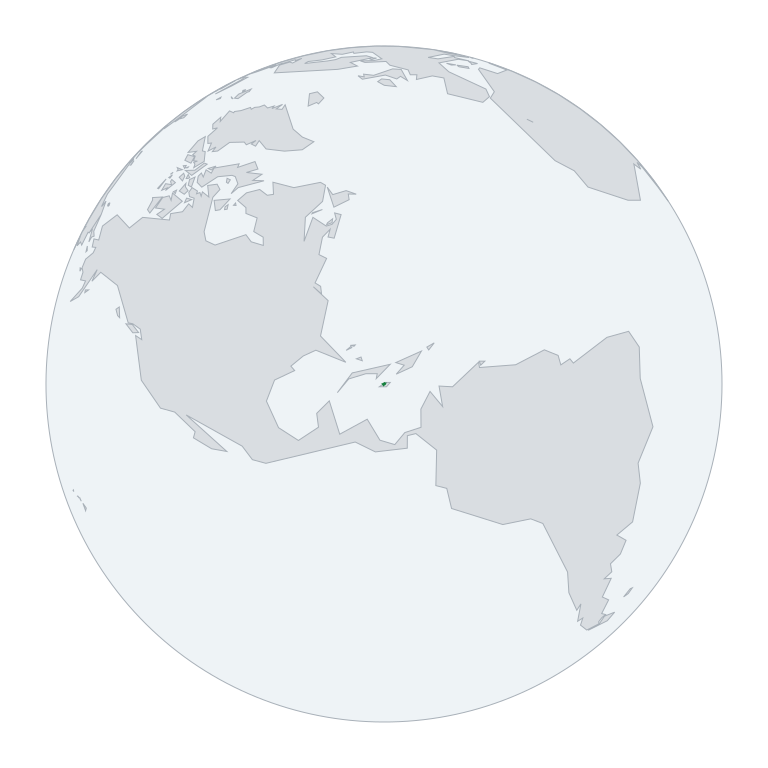 Saint Ann highlighted on a globe, orthographic projection, rotated 322°
{"feature_id": "JAM-1379", "entity_name": "Saint Ann", "entity_type": "Parish", "adm_level": 1, "iso_a3": "JAM", "parent_name": "Jamaica", "parent_adm1": "", "projection": "orthographic", "projection_center": [-77.258, 18.33], "detail": "coarse", "context": "on_globe", "style": "filled", "palette": "green", "viewbox_px": 768, "rotation_deg": 322, "n_neighbors": 0, "source": "natural_earth", "source_scale": "10m", "svg_char_len": 9499}
<svg xmlns="http://www.w3.org/2000/svg" viewBox="0 0 768 768"><g transform="rotate(322 384 384)"><circle cx="384" cy="384" r="338" fill="#eef3f6" stroke="#a8b0b8"/><path d="M378.6,442.7L370.6,439.1L362.8,448.9L335.4,432.2L325.6,412.0L242.1,373.8L233.7,362.6L234.0,345.7L209.1,286.6L218.6,340.4L208.3,328.9L200.7,309.1L205.8,305.3L201.8,277.3L193.0,265.4L195.1,231.6L218.1,192.9L220.4,199.9L225.7,190.7L223.1,181.8L220.1,178.3L234.6,142.3L229.6,121.6L217.1,123.2L228.4,117.3L197.2,127.2L187.5,125.8L205.3,122.7L212.3,119.0L209.0,115.1L215.6,110.6L217.7,106.5L225.8,101.9L235.6,101.6L241.0,98.9L238.4,96.4L244.8,91.1L247.8,94.9L259.4,86.2L277.9,86.4L279.4,104.3L296.4,104.1L315.9,122.7L320.8,118.4L331.3,124.2L341.0,121.8L341.8,126.9L348.8,120.7L346.1,116.6L348.3,112.7L353.7,111.2L355.8,117.1L353.4,118.7L356.8,119.8L355.5,123.5L359.2,120.8L361.1,128.8L367.3,119.0L375.5,123.8L374.5,129.7L364.1,131.5L336.0,153.2L331.8,161.5L336.4,170.5L367.1,181.3L366.9,190.2L374.2,200.5L379.2,193.9L375.2,183.7L386.3,175.0L380.2,164.6L383.8,160.0L381.7,149.3L393.3,148.7L405.8,154.2L408.2,163.4L413.7,166.5L420.7,156.6L433.9,173.8L458.1,186.0L460.3,191.4L448.0,202.3L424.7,204.2L408.8,222.4L430.6,208.9L435.7,224.0L441.4,226.2L447.8,224.9L450.4,218.8L454.5,224.1L434.5,238.4L430.4,233.7L436.8,228.9L425.9,230.4L412.4,242.0L416.1,249.7L391.9,261.9L394.2,268.0L390.2,274.6L388.2,263.9L391.3,283.9L363.5,307.1L367.3,343.4L351.1,315.4L337.7,312.2L321.6,312.6L321.9,318.4L300.2,313.5L280.8,325.1L274.0,353.5L281.8,375.8L305.8,377.7L312.9,365.7L330.5,363.6L318.2,396.3L349.1,401.4L346.2,425.8L355.2,438.4L370.5,435.1L386.5,440.9L397.6,426.5L415.7,418.2L416.3,437.9L426.1,419.5L436.3,428.4L472.0,425.0L469.4,429.8L499.6,449.9L531.4,455.8L538.8,468.7L535.1,477.8L546.0,478.6L546.1,484.1L588.4,484.5L609.2,493.1L607.9,512.0L589.3,537.4L569.6,583.3L535.5,602.8L524.9,620.0L495.0,645.7L474.5,646.4L478.5,656.2L465.6,663.5L451.8,665.1L447.9,672.2L437.6,673.1L443.4,677.0L424.9,686.3L428.1,692.4L414.2,698.9L416.7,702.1L412.0,702.2L406.8,703.5L405.7,705.3L392.3,702.7L390.4,695.0L396.6,690.8L390.5,690.2L403.8,678.5L396.6,681.0L401.2,662.3L412.9,645.2L423.3,591.7L416.6,580.6L391.1,567.9L360.6,523.7L369.2,504.9L362.3,496.0L384.8,468.5L378.6,442.7ZM70.8,300.2L73.3,292.6L73.0,298.5L70.8,300.2ZM74.0,287.3L73.3,290.0L73.7,287.6L74.0,287.3ZM73.8,285.1L73.9,286.7L73.5,285.6L73.8,285.1ZM73.2,283.1L73.6,283.9L73.5,284.1L73.2,283.1ZM365.8,355.7L401.0,372.3L381.2,375.0L385.0,371.7L376.0,364.7L359.3,358.3L341.9,362.1L365.8,355.7ZM73.3,277.8L73.5,276.3L74.1,276.2L73.3,277.8ZM381.0,335.5L374.9,334.2L380.9,334.0L381.0,335.5ZM217.7,177.7L222.3,182.2L222.3,192.4L217.6,189.0L217.7,177.7ZM218.8,160.1L222.8,160.3L216.5,169.0L216.2,166.1L218.8,160.1ZM206.6,126.0L209.2,128.0L204.5,127.8L206.6,126.0ZM216.6,106.8L213.8,107.9L216.1,105.4L216.6,106.8ZM375.4,150.5L378.5,150.0L377.3,152.2L375.4,150.5ZM371.6,146.7L368.0,149.7L365.7,148.4L367.9,146.5L371.6,146.7ZM230.6,96.3L235.2,92.6L232.2,96.2L230.6,96.3ZM376.6,143.4L362.0,145.7L357.9,143.5L363.2,134.7L376.6,143.4ZM238.9,90.3L249.9,82.2L244.6,83.4L265.7,76.2L249.4,84.9L246.6,89.0L244.1,88.2L238.9,90.3ZM342.9,116.0L346.0,120.3L338.4,118.3L342.9,116.0ZM337.6,115.8L311.2,116.9L309.4,110.5L318.6,111.1L312.3,104.6L324.4,100.8L330.6,103.5L329.3,108.2L334.9,103.3L337.6,115.8ZM275.6,74.0L279.7,72.4L277.2,74.1L275.6,74.0ZM348.6,111.0L343.4,111.5L341.5,105.9L351.5,103.9L348.9,106.3L348.6,111.0ZM304.7,105.1L305.0,101.0L314.9,96.6L316.4,94.6L324.5,100.2L304.7,105.1ZM352.1,106.9L356.6,103.2L362.5,104.6L353.5,110.2L352.1,106.9ZM336.8,105.4L336.4,102.8L339.9,103.5L336.8,105.4ZM385.8,108.9L379.6,109.0L378.1,105.9L385.8,108.9ZM357.9,101.8L355.9,101.3L354.6,100.3L358.7,98.4L357.9,101.8ZM330.9,97.0L334.9,96.3L328.1,94.5L335.2,91.7L339.3,96.1L340.5,93.0L342.7,92.2L343.6,96.9L330.9,97.0ZM359.0,93.5L366.6,99.1L378.4,99.3L380.0,101.9L360.9,101.2L359.0,93.5ZM349.9,95.0L355.9,94.6L354.9,97.6L350.2,99.9L349.9,95.0ZM338.6,88.3L326.6,91.4L326.1,90.4L338.6,88.3ZM362.6,92.8L360.6,91.6L363.5,92.5L362.6,92.8ZM346.1,88.9L342.0,90.0L341.5,88.8L346.1,88.9ZM360.2,88.4L362.7,90.0L359.6,91.4L360.2,88.4ZM353.9,88.1L354.3,86.2L357.0,90.9L352.1,88.7L353.9,88.1ZM346.4,87.6L344.8,87.2L348.2,87.3L346.4,87.6ZM370.6,82.5L374.7,88.2L367.8,91.1L364.8,85.1L370.6,82.5ZM414.2,708.0L393.2,703.8L405.2,705.8L414.8,702.7L425.3,705.8L414.2,708.0ZM441.7,699.3L452.1,696.9L454.2,697.5L447.5,699.5L441.7,699.3ZM644.3,168.5L637.8,161.1L629.9,152.3L644.3,168.5ZM603.7,127.2L604.9,128.4L624.4,146.8L628.9,151.1L638.1,162.8L646.3,171.6L652.0,179.1L640.2,167.3L634.5,161.1L619.8,153.8L626.7,161.0L640.9,169.0L640.5,170.1L649.9,181.7L642.4,173.8L625.0,164.8L627.3,177.9L645.9,214.3L644.0,222.5L635.3,222.9L612.8,194.4L619.6,179.7L611.8,171.0L597.0,164.0L600.3,160.6L595.1,156.5L596.4,151.3L584.9,136.4L584.2,131.1L567.0,118.9L564.3,114.9L575.3,123.0L582.5,126.4L579.2,115.6L574.8,111.6L563.8,104.9L564.3,103.5L554.1,98.5L546.0,91.2L547.4,96.5L534.6,90.4L522.8,83.2L518.8,82.6L538.1,94.5L545.6,98.6L551.6,100.4L572.2,114.5L576.1,119.9L555.5,109.9L558.8,117.1L541.3,107.6L499.9,78.8L489.1,71.3L498.0,68.4L507.9,72.3L509.6,74.8L519.8,76.8L513.3,74.5L513.7,73.8L501.6,69.1L501.2,68.5L490.1,65.6L488.4,64.3L495.5,66.2L476.0,59.7L469.0,57.1L464.7,56.1L462.2,55.7L455.1,53.6L478.3,59.5L501.0,67.0L523.1,76.1L544.6,86.7L565.2,98.8L585.0,112.3L603.7,127.2ZM454.4,53.5L452.1,53.0L453.4,53.4L448.6,52.7L437.4,51.1L435.5,50.4L439.3,50.9L443.2,51.3L454.4,53.5ZM440.8,50.9L437.2,50.5L431.0,49.8L432.5,49.7L431.5,49.6L427.8,49.2L422.3,48.3L420.0,48.5L382.0,48.0L367.7,47.5L373.3,46.6L344.8,48.9L330.9,50.4L332.1,50.4L319.2,52.9L323.4,52.4L323.0,52.7L291.9,61.6L283.1,64.0L271.1,70.0L271.7,70.3L277.6,68.7L265.7,76.2L244.6,83.4L244.3,82.2L231.3,88.4L232.3,85.2L227.2,86.2L235.9,80.5L231.1,82.7L226.6,85.0L222.4,87.2L240.0,78.3L246.8,76.1L244.0,76.5L250.6,73.7L253.3,72.4L252.6,72.7L275.1,64.1L298.0,57.2L321.4,51.9L345.1,48.3L369.1,46.4L393.0,46.2L417.0,47.7L440.8,50.9ZM720.5,414.9L721.1,397.5L721.0,372.3L719.8,365.1L718.6,372.8L716.3,364.4L714.8,367.5L699.2,397.1L689.4,389.4L666.0,354.4L665.2,333.1L656.3,313.3L643.8,224.2L650.9,221.6L652.2,194.2L654.1,193.8L664.6,209.3L674.1,212.2L664.6,196.4L664.2,195.1L677.7,216.9L689.6,239.7L699.7,263.4L707.9,287.7L714.3,312.6L718.8,337.9L721.3,363.5L721.9,389.2L720.5,414.9ZM659.6,263.3L662.6,269.4L662.7,269.5L659.6,263.3ZM473.2,424.7L477.5,428.1L471.8,428.7L473.2,424.7ZM378.6,383.3L386.0,383.6L389.9,386.6L384.3,387.7L378.6,383.3ZM440.5,381.3L448.9,382.5L440.2,384.7L440.5,381.3ZM406.5,374.4L433.8,381.1L416.9,387.8L399.7,383.8L411.5,381.6L406.5,374.4ZM377.8,347.2L382.5,348.6L381.2,352.3L377.8,347.2ZM385.4,335.5L383.6,335.8L381.2,332.8L385.4,335.5ZM436.9,223.1L438.6,222.2L445.2,222.2L442.3,224.9L436.9,223.1ZM473.2,208.3L479.0,217.3L472.8,212.3L470.0,217.3L453.4,213.8L460.5,193.9L460.2,203.2L473.2,208.3ZM433.2,205.0L442.9,208.6L432.0,205.5L433.2,205.0ZM565.2,141.9L569.9,142.1L575.9,147.8L576.7,157.2L568.1,148.8L565.2,141.9ZM575.3,141.4L554.6,130.5L553.3,125.1L557.5,129.8L558.7,127.3L565.9,134.4L584.8,141.0L591.2,146.7L589.3,159.3L586.4,151.7L581.9,151.5L575.3,141.4ZM504.3,120.7L495.3,118.3L504.0,109.4L511.4,112.8L512.7,121.6L504.8,122.9L504.3,120.7ZM388.6,128.5L384.6,129.9L384.0,128.0L387.0,125.3L388.6,128.5ZM383.0,109.2L405.4,121.3L402.0,123.2L419.3,129.3L417.0,137.0L405.8,132.6L417.0,143.6L406.0,142.8L414.6,150.0L390.1,139.5L380.7,139.9L392.1,136.3L394.5,129.0L392.7,126.0L380.6,118.3L361.6,116.7L360.9,110.1L365.5,105.9L370.0,105.3L369.0,109.6L375.7,105.7L377.7,111.5L383.0,109.2ZM419.6,73.3L416.6,76.3L430.4,73.7L432.5,77.7L433.9,77.2L439.6,80.5L449.1,83.9L448.5,85.8L452.4,86.4L456.3,88.9L461.5,90.5L462.2,94.8L468.6,97.3L465.3,98.0L476.2,101.2L468.5,100.9L472.7,104.8L478.0,103.1L469.3,127.2L471.7,139.2L477.9,149.9L463.8,149.1L448.9,139.2L435.8,126.2L435.5,115.4L429.2,117.5L427.2,113.2L433.0,113.3L422.8,110.7L422.8,107.3L411.1,98.6L396.4,98.0L391.8,95.2L397.5,93.8L388.8,92.1L396.4,87.9L393.3,86.0L397.7,80.4L410.5,79.6L406.0,77.6L409.1,73.9L419.6,73.3ZM372.2,80.9L387.1,77.9L395.5,79.0L384.4,88.5L386.2,90.8L379.3,97.9L367.3,96.4L370.3,94.4L370.5,92.2L374.2,93.5L371.3,90.9L375.5,88.2L374.4,85.6L379.5,85.2L372.2,80.9ZM649.8,186.2L650.1,184.9L649.1,181.4L655.0,189.1L649.8,186.2ZM638.4,180.2L637.7,177.6L645.6,185.8L645.2,187.6L638.4,180.2ZM630.7,169.7L637.1,176.8L633.4,174.1L630.7,169.7ZM573.9,120.7L572.4,118.1L574.9,119.3L578.8,122.6L573.9,120.7ZM460.9,69.8L457.8,70.6L455.7,69.8L444.6,69.2L442.2,66.7L448.0,66.1L460.9,69.8ZM653.2,179.8L655.0,182.5L653.4,180.4L653.2,179.8L653.2,179.8ZM456.4,67.0L452.1,66.9L453.6,65.8L456.4,67.0ZM439.9,64.9L440.5,63.4L440.6,66.4L439.9,64.9ZM429.6,51.6L447.8,54.6L459.2,56.5L463.2,56.5L465.4,58.4L447.7,55.4L429.6,51.6ZM388.1,48.1L384.7,49.1L381.0,48.7L381.2,48.4L388.1,48.1ZM389.7,48.7L395.4,50.3L390.1,50.9L386.7,49.5L389.7,48.7ZM426.6,56.7L432.1,57.6L430.8,58.3L426.6,56.7ZM277.8,72.2L279.5,72.3L275.8,73.3L277.8,72.2ZM325.6,52.4L324.5,53.0L320.1,53.7L325.6,52.4ZM318.9,55.4L324.6,54.1L319.4,55.7L318.9,55.4ZM337.2,51.6L327.2,53.8L335.6,51.4L337.2,51.6Z" fill="#d9dde1" stroke="#a8b0b8" stroke-width="1"/><path d="M382.8,383.1L383.0,383.2L383.2,383.3L383.3,383.2L383.6,383.2L383.9,383.2L384.1,383.3L384.3,383.4L384.5,383.4L384.7,383.5L384.9,383.5L385.1,383.5L385.1,383.8L385.2,384.1L385.3,384.2L385.3,384.4L385.5,384.5L385.1,384.7L385.0,384.8L384.3,384.9L383.8,384.8L383.5,384.8L383.4,384.7L383.1,384.8L382.8,384.8L382.7,384.8L382.9,383.7L382.8,383.3L382.8,383.1Z" fill="#22c55e" stroke="#15803d" stroke-width="1.5"/></g></svg>